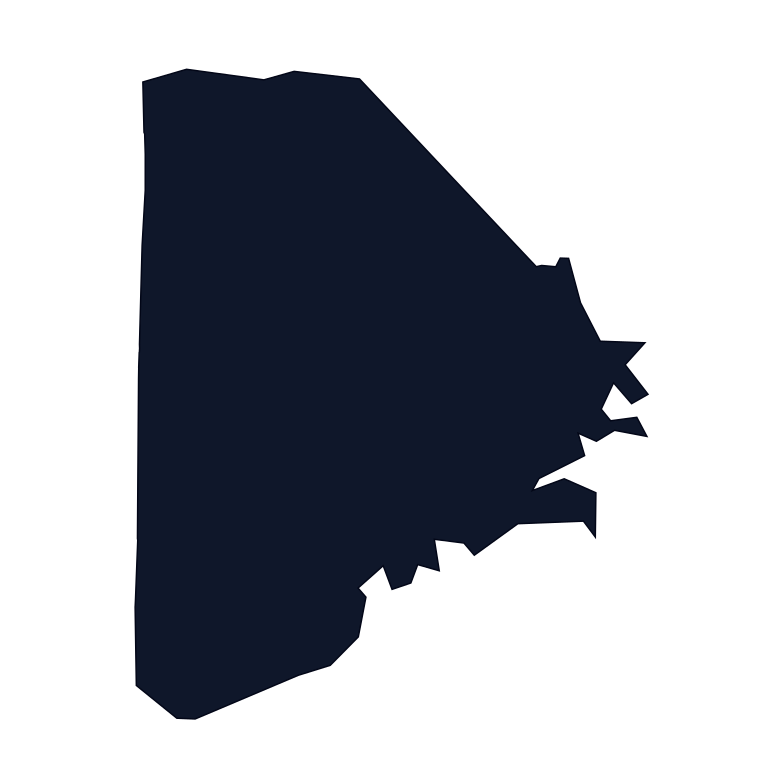 Allen, Kentucky, United States of America, rotated 87°
{"feature_id": "52423323B44643882159526", "entity_name": "Allen", "entity_type": "district", "adm_level": 2, "iso_a3": "USA", "parent_name": "United States of America", "parent_adm1": "Kentucky", "projection": "albers", "projection_center": [-86.16, 36.781], "detail": "fine", "context": "isolated", "style": "filled", "palette": "ink", "viewbox_px": 768, "rotation_deg": 87, "n_neighbors": 0, "source": "geoboundaries", "source_scale": "gbopen_adm2", "svg_char_len": 981}
<svg xmlns="http://www.w3.org/2000/svg" viewBox="0 0 768 768"><g transform="rotate(87 384 384)"><path d="M672.1,647.1L706.9,608.4L708.6,590.1L670.4,484.9L662.1,452.4L635.2,422.9L595.9,413.2L586.4,420.6L565.4,394.3L589.5,386.7L584.1,367.6L566.1,359.8L573.4,338.6L541.7,341.9L547.0,312.5L559.7,302.8L530.5,257.6L531.4,192.0L547.9,181.0L503.7,178.1L488.1,209.0L498.2,241.5L486.5,234.2L466.0,187.4L443.2,192.8L452.3,174.9L442.3,156.2L450.1,124.2L430.5,133.3L432.6,159.6L420.5,168.4L394.8,154.7L416.6,137.8L408.1,120.9L377.4,142.2L356.5,121.3L352.6,165.8L313.2,183.5L268.2,193.1L267.5,201.4L275.9,206.3L273.9,220.3L274.8,225.8L258.6,239.6L181.6,304.9L78.1,392.5L67.1,457.4L74.0,488.0L59.4,564.7L69.8,609.0L120.1,610.5L121.8,609.9L142.1,610.4L178.1,612.3L233.0,618.3L331.5,626.1L335.7,626.2L339.4,626.6L339.7,626.8L354.5,628.1L355.4,628.1L365.4,628.8L525.4,638.3L527.1,638.1L585.7,643.4L592.9,644.1L593.4,644.2L672.1,647.1Z" fill="#0f172a" stroke="#020617" stroke-width="1.5"/></g></svg>